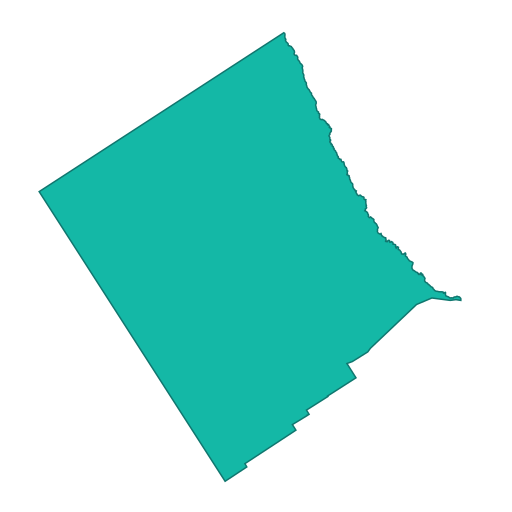 the district of Gobernador Dupuy, San Luis, Argentina, rotated 147°
{"feature_id": "61730980B64718886155143", "entity_name": "Gobernador Dupuy", "entity_type": "district", "adm_level": 2, "iso_a3": "ARG", "parent_name": "Argentina", "parent_adm1": "San Luis", "projection": "equal_earth", "projection_center": [-66.474, -35.326], "detail": "fine", "context": "isolated", "style": "filled", "palette": "teal", "viewbox_px": 512, "rotation_deg": 147, "n_neighbors": 0, "source": "geoboundaries", "source_scale": "gbopen_adm2", "svg_char_len": 6121}
<svg xmlns="http://www.w3.org/2000/svg" viewBox="0 0 512 512"><g transform="rotate(147 256 256)"><path d="M402.8,428.1L404.6,83.9L378.6,84.1L378.4,87.9L317.4,88.2L317.3,94.8L300.1,94.3L300.0,94.5L299.7,94.7L299.4,94.3L297.7,94.3L297.6,99.3L272.2,99.0L272.2,99.6L238.5,99.4L238.3,116.3L232.7,115.0L214.5,114.7L210.3,116.3L147.7,127.9L131.4,125.0L117.3,113.0L112.1,110.5L108.4,107.2L107.5,108.5L107.4,109.1L107.7,110.9L108.5,111.6L109.1,112.5L109.4,112.8L110.7,112.9L112.0,113.6L112.4,113.7L113.4,113.4L113.8,113.6L114.4,114.2L116.0,115.1L116.4,115.6L116.8,116.8L118.5,119.2L118.0,120.7L117.3,121.6L117.0,122.0L117.1,122.5L117.9,122.4L118.9,122.6L119.0,122.9L118.6,123.4L118.7,123.8L119.1,124.3L120.4,125.3L121.2,125.7L121.6,126.1L122.1,126.4L122.8,127.3L124.0,128.3L124.5,128.9L124.7,129.3L125.0,130.2L125.0,131.0L125.3,132.2L125.3,132.6L125.0,133.1L125.1,133.5L125.4,134.1L125.8,134.6L126.0,135.1L126.2,136.3L126.7,138.1L127.0,138.4L127.0,139.0L127.0,139.6L127.1,140.1L127.9,141.2L128.1,142.1L128.2,143.1L127.3,144.5L126.5,145.1L126.4,145.4L126.5,146.5L126.4,147.7L126.6,148.3L127.2,149.2L127.2,149.6L126.9,149.9L126.5,149.5L126.3,149.5L126.2,149.8L126.3,150.2L126.9,150.8L127.0,151.2L126.8,151.9L127.2,152.1L127.5,152.1L127.7,151.9L127.6,151.2L128.3,151.1L128.2,151.6L128.5,151.7L129.6,151.9L129.7,152.2L129.3,153.0L129.5,153.4L129.7,153.5L129.8,154.0L129.7,154.3L129.9,154.7L130.2,154.9L130.5,155.3L131.4,157.7L132.0,158.4L131.9,159.3L132.0,160.5L131.8,160.9L130.5,162.8L129.3,163.5L128.0,164.8L128.2,165.7L130.0,168.5L130.0,169.7L130.3,171.5L129.9,172.7L130.6,174.2L130.7,174.6L129.4,175.9L129.1,176.7L129.1,177.0L129.2,177.3L130.1,177.3L131.1,176.9L131.6,177.7L132.4,177.9L132.7,178.6L132.1,180.4L132.2,181.6L132.2,182.4L132.4,183.0L133.1,183.9L131.8,185.7L132.1,186.2L132.2,186.6L132.8,186.8L133.5,186.7L133.7,186.4L134.1,186.3L133.9,187.9L133.3,188.2L132.9,189.4L133.3,190.1L134.6,191.3L134.2,191.9L133.9,193.0L134.1,193.3L134.3,193.4L134.3,193.9L134.5,194.3L135.9,194.4L136.2,194.5L136.2,195.1L135.9,195.6L135.6,196.3L136.1,196.9L136.8,197.0L137.4,196.9L138.1,196.5L138.3,196.6L138.5,197.0L139.1,197.3L139.3,197.8L139.0,198.1L138.5,198.1L138.1,198.7L137.8,200.0L137.3,200.3L137.4,200.8L137.8,201.0L138.6,202.3L139.0,203.0L139.0,203.7L139.5,204.3L139.5,204.6L139.3,204.8L139.3,205.4L139.2,206.0L138.9,206.6L138.9,206.8L139.4,206.7L140.1,206.8L141.0,208.5L141.1,209.0L140.9,210.4L140.7,210.8L140.0,211.4L139.8,212.0L139.6,212.3L138.1,213.2L138.0,213.9L138.0,214.9L137.7,216.1L137.6,217.4L138.1,218.5L138.0,219.0L138.4,220.0L137.9,221.6L137.3,222.3L137.3,222.6L137.5,223.0L137.5,223.3L138.2,224.8L138.3,225.6L138.8,226.5L139.4,226.3L140.0,226.4L140.3,227.7L140.3,228.1L139.4,228.9L139.2,229.9L139.3,230.2L139.3,230.6L139.0,231.1L138.9,231.7L139.1,232.8L139.4,233.1L139.6,234.2L139.9,234.4L140.1,234.7L139.0,235.2L138.6,236.0L137.3,236.0L136.9,236.3L136.7,236.9L136.7,237.4L136.5,238.0L135.9,238.2L135.7,239.2L134.7,241.3L134.3,241.6L134.2,242.0L134.0,242.5L133.1,243.4L133.3,243.7L134.1,244.0L134.4,245.0L133.5,246.4L133.7,247.0L134.8,248.2L135.1,249.0L135.1,249.5L135.2,249.9L135.4,250.3L135.9,250.5L136.4,250.5L137.1,250.6L137.6,251.9L137.8,252.3L137.6,253.0L137.5,255.0L137.3,255.3L136.4,255.9L136.5,256.1L136.8,256.2L137.2,256.2L137.2,256.9L137.0,257.8L137.3,258.6L137.3,260.8L137.1,261.3L136.8,261.5L136.7,262.1L135.8,263.5L135.7,264.0L135.8,264.7L136.2,265.8L135.9,267.5L135.7,267.8L135.5,268.4L135.7,269.1L135.5,269.7L135.2,270.0L134.8,270.8L134.7,271.7L134.2,272.5L134.7,273.0L134.6,273.3L135.4,274.4L135.5,274.7L134.9,275.2L134.6,275.1L134.0,276.3L133.6,276.9L133.0,277.1L132.8,277.5L133.2,277.9L133.1,278.2L133.0,278.6L132.4,279.4L132.4,280.1L132.2,280.5L132.1,281.0L132.4,281.4L132.6,282.7L132.2,284.6L131.4,286.3L131.3,287.3L132.1,287.7L132.5,288.1L132.7,288.4L132.6,289.3L132.1,290.8L132.3,291.1L133.2,291.4L133.2,291.7L133.1,292.3L133.7,293.2L133.6,293.7L133.1,294.0L132.9,294.5L133.1,295.8L133.0,296.4L132.7,296.9L132.7,297.6L132.2,298.4L132.4,299.7L132.1,300.6L132.3,301.8L132.6,302.8L131.9,303.7L132.3,304.4L131.7,305.4L131.7,305.9L132.2,306.4L131.6,307.5L131.6,308.3L131.9,308.4L132.2,308.6L131.7,309.3L131.7,310.0L132.0,310.5L132.0,311.2L131.6,312.1L131.2,312.2L130.9,311.9L130.7,312.0L130.5,312.4L130.4,312.5L130.2,312.9L130.5,313.4L130.5,313.8L129.7,314.8L129.5,315.3L129.4,317.0L128.6,317.5L127.9,317.6L127.7,317.8L127.5,318.6L127.1,318.8L126.2,319.0L125.8,319.4L124.9,319.6L124.5,320.1L124.5,320.5L124.3,320.8L123.5,321.4L123.4,321.8L123.9,322.8L124.3,323.4L124.4,323.6L124.0,323.6L123.7,324.0L123.8,325.4L123.6,326.5L124.2,326.6L124.4,326.9L124.4,327.2L124.0,327.7L124.1,328.2L124.7,328.7L124.5,329.8L124.4,330.9L124.9,332.2L124.9,332.6L125.7,333.8L125.8,334.3L126.4,334.7L126.8,334.7L127.1,334.9L127.7,335.9L127.5,336.8L127.5,337.5L126.6,338.5L126.4,339.2L125.6,339.8L125.3,340.4L125.3,340.7L125.8,341.2L125.9,341.6L125.7,342.0L125.2,342.5L125.2,342.9L125.6,343.7L125.8,344.9L125.0,346.6L124.9,347.3L124.4,348.3L124.0,349.6L123.6,350.3L122.2,351.4L121.5,352.8L121.5,355.7L121.4,356.3L121.4,356.7L121.7,357.1L121.5,359.3L121.6,360.1L121.6,360.8L121.4,361.4L120.8,362.3L121.2,363.9L120.9,366.4L121.2,367.5L121.3,369.7L120.9,370.7L120.3,372.7L119.6,373.5L119.5,373.9L119.5,374.7L119.7,375.7L119.7,376.0L119.2,377.0L119.1,378.3L118.6,379.4L118.6,380.0L117.4,381.6L117.2,382.3L117.1,383.8L116.9,384.4L116.4,385.0L115.5,386.4L114.9,388.2L114.7,388.7L114.4,389.1L114.0,389.2L113.5,389.7L113.3,391.3L113.4,392.2L113.7,392.7L113.8,393.3L113.9,394.2L113.6,395.4L113.6,395.9L113.8,397.0L113.9,398.0L113.8,398.6L112.9,399.6L112.6,400.4L112.7,401.1L112.6,402.1L112.7,402.3L113.3,402.6L114.1,403.5L114.1,404.5L113.8,405.1L113.0,405.6L112.5,406.3L112.2,407.2L112.1,407.8L112.3,409.2L112.1,409.8L112.2,410.7L112.4,411.3L112.3,412.3L112.6,412.9L113.2,413.6L113.4,414.1L113.7,414.3L113.9,414.3L114.3,415.0L113.9,415.7L113.5,416.5L113.5,417.1L114.1,419.2L113.9,419.9L113.9,420.7L113.7,421.1L113.1,421.3L112.9,421.7L113.0,422.2L112.9,423.2L112.4,424.1L111.9,425.1L111.4,425.4L110.8,426.6L110.7,427.2L111.0,427.8L110.9,428.0L110.5,428.1L402.8,428.1Z" fill="#14b8a6" stroke="#0f766e" stroke-width="1.5"/></g></svg>